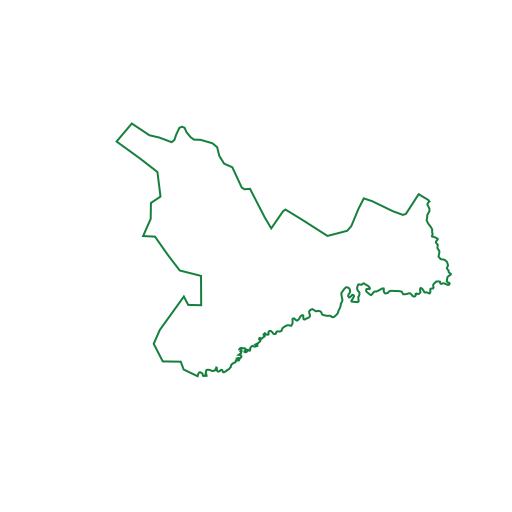 Ani, Shirak, Armenia, rotated 212°
{"feature_id": "60910142B64012193022173", "entity_name": "Ani", "entity_type": "district", "adm_level": 2, "iso_a3": "ARM", "parent_name": "Armenia", "parent_adm1": "Shirak", "projection": "equal_earth", "projection_center": [43.671, 40.552], "detail": "fine", "context": "isolated", "style": "outline", "palette": "green", "viewbox_px": 512, "rotation_deg": 212, "n_neighbors": 0, "source": "geoboundaries", "source_scale": "gbopen_adm2", "svg_char_len": 6009}
<svg xmlns="http://www.w3.org/2000/svg" viewBox="0 0 512 512"><g transform="rotate(212 256 256)"><path d="M241.8,123.1L242.3,124.4L242.5,125.6L242.5,127.0L241.8,127.8L239.9,128.0L238.8,127.8L238.1,126.9L237.5,126.5L237.2,126.3L234.4,128.2L234.8,128.8L235.9,128.9L236.1,128.9L236.3,129.5L236.3,130.4L237.2,131.0L237.3,131.4L237.3,132.3L237.6,133.2L236.1,134.3L234.4,135.0L232.4,135.2L231.3,136.0L230.3,136.9L230.3,139.1L230.3,139.3L230.6,140.4L230.1,140.5L229.5,139.6L229.2,139.2L228.6,138.2L227.6,137.9L226.6,138.0L226.3,138.6L225.7,139.5L225.6,140.1L225.5,140.4L225.3,141.0L224.3,141.3L223.4,140.8L222.7,140.1L221.7,140.3L221.3,140.8L220.9,141.7L220.1,143.0L220.1,143.6L219.7,144.6L218.9,145.7L218.8,147.4L218.5,148.3L219.1,149.6L219.2,150.5L219.3,151.2L218.8,152.0L218.4,153.4L217.1,155.0L217.2,155.7L217.7,156.5L217.6,157.3L216.9,157.6L215.9,157.7L215.2,158.3L215.2,159.2L215.9,159.3L217.7,159.3L217.1,160.0L215.4,160.9L214.9,162.0L215.3,163.3L216.1,163.6L217.2,163.5L218.3,163.0L218.1,163.5L217.8,164.4L217.1,165.5L217.6,166.6L218.4,166.8L217.8,167.7L218.3,168.3L219.5,168.4L220.6,168.0L220.5,169.5L219.5,170.5L218.1,170.7L216.9,171.7L215.5,171.7L215.2,171.3L215.1,171.1L215.3,169.0L214.9,168.5L213.7,168.9L213.0,170.2L213.0,170.9L213.5,171.9L213.0,172.2L211.8,172.1L211.1,172.4L211.2,173.4L212.1,174.6L212.0,175.2L212.0,176.0L211.8,177.3L211.3,177.9L208.9,178.5L208.0,179.5L207.2,180.4L207.6,181.2L208.7,180.9L209.5,180.7L209.0,181.8L208.2,182.9L207.6,184.5L207.3,186.4L208.1,186.8L209.2,187.0L209.6,188.0L209.2,188.7L207.4,188.7L207.2,189.5L206.6,191.3L206.1,192.3L206.2,192.9L207.9,193.2L207.9,194.2L207.6,195.2L206.9,195.1L205.8,194.9L204.1,195.6L203.9,195.9L203.9,196.5L204.8,197.5L205.1,198.3L204.9,199.4L203.8,200.2L202.8,200.2L201.9,200.0L200.4,199.4L200.2,199.4L199.2,199.4L198.0,200.5L198.4,201.8L198.5,201.9L198.1,203.3L196.7,204.1L196.3,204.3L195.7,204.6L194.7,206.1L195.0,207.1L195.3,208.7L194.8,210.1L194.1,211.8L192.8,213.8L191.4,214.7L189.2,215.4L189.2,217.7L189.8,219.2L190.5,220.3L191.2,221.1L191.7,222.2L190.7,223.2L189.4,223.1L189.0,223.0L188.2,222.8L187.1,222.9L186.4,224.1L186.2,224.9L186.2,226.5L186.3,228.4L185.5,230.3L184.4,230.6L183.5,229.2L182.1,227.6L181.1,227.9L180.9,228.0L180.5,229.1L179.4,230.6L178.5,232.1L178.3,233.2L179.0,234.6L180.5,235.7L181.6,237.2L181.3,239.1L180.1,240.8L178.1,240.9L176.3,240.8L175.1,241.4L174.0,242.6L172.2,243.1L171.9,243.1L170.8,242.8L169.2,241.6L167.8,241.5L166.4,242.1L165.3,242.4L163.6,243.1L162.1,244.3L160.8,244.8L160.2,244.5L159.4,244.5L158.1,245.0L157.2,246.6L156.7,248.5L156.4,250.2L156.4,251.2L157.1,253.5L157.2,255.5L157.6,258.0L158.7,260.5L158.9,263.1L159.5,264.7L161.1,266.3L162.8,268.1L163.5,269.1L164.0,269.8L163.8,272.9L163.6,275.5L162.9,277.4L161.6,277.8L160.9,278.1L159.0,277.6L157.5,276.1L157.0,274.6L157.1,272.0L156.7,270.9L155.1,270.2L154.4,270.9L154.1,272.2L153.8,273.9L153.8,274.1L152.6,274.5L151.6,274.0L151.4,272.9L151.3,270.7L151.5,268.9L151.3,268.6L151.0,268.1L150.4,268.2L150.1,268.3L147.8,269.5L145.4,270.7L144.9,271.8L145.5,272.7L146.4,273.9L146.6,274.1L147.6,275.6L147.5,276.7L148.1,278.6L148.9,279.8L150.6,280.4L152.2,281.1L153.1,282.1L153.8,283.7L154.1,286.2L153.0,286.8L151.3,287.5L150.6,289.3L150.0,290.0L148.9,289.9L148.4,289.8L146.8,290.0L144.8,290.0L143.7,289.7L143.2,289.6L142.1,288.7L142.3,288.0L143.4,287.6L144.7,286.5L144.8,286.4L144.3,284.9L143.0,284.2L141.3,284.0L140.3,283.9L138.8,283.7L137.7,283.8L137.2,285.4L137.2,287.4L136.4,288.9L135.0,289.8L133.9,291.4L132.8,293.5L132.1,294.7L131.4,295.7L130.4,296.1L129.9,295.4L129.5,294.4L129.4,294.4L128.1,293.1L126.8,292.7L125.9,293.2L124.8,294.4L124.5,295.6L124.3,296.3L124.2,296.9L122.8,298.2L122.2,298.5L121.5,298.9L118.9,300.3L116.4,301.9L113.6,303.0L112.8,302.6L112.5,302.4L111.0,301.6L110.2,301.9L108.1,303.6L106.9,305.0L105.7,306.0L103.7,305.7L101.8,305.0L100.6,305.3L99.7,306.2L99.7,307.2L100.6,308.3L100.1,309.2L98.8,309.3L97.9,310.0L97.4,311.3L97.5,312.8L98.1,313.3L98.6,313.7L99.4,315.1L99.4,316.1L98.6,316.3L97.4,316.2L96.1,315.6L94.9,315.0L94.3,314.6L93.6,314.5L92.2,315.5L90.8,315.9L89.1,316.1L88.9,317.0L89.3,318.3L90.3,319.6L90.6,320.6L89.7,321.6L88.7,322.3L88.7,323.4L89.2,323.8L89.7,324.3L90.4,325.3L90.4,326.8L89.6,329.9L87.7,331.2L86.3,331.7L85.3,330.5L84.8,330.4L83.9,330.6L83.3,331.6L82.6,332.3L81.8,332.5L81.1,332.7L79.9,332.8L77.8,333.2L77.1,333.9L77.1,335.2L77.9,335.6L79.2,335.3L80.7,335.5L80.8,335.6L81.2,336.4L82.0,338.3L82.4,339.7L82.1,340.9L81.9,341.5L81.1,343.1L81.2,344.0L81.6,344.1L81.8,344.1L83.1,344.2L84.2,344.6L85.1,345.8L86.6,346.1L87.7,346.9L87.9,347.8L88.0,349.2L88.5,350.2L89.4,350.9L90.7,352.1L91.9,352.4L93.9,352.7L94.9,352.4L96.3,351.8L97.9,351.2L99.2,351.7L100.8,352.1L101.5,353.7L102.3,356.0L103.4,357.6L105.1,358.2L106.4,358.9L107.0,360.1L107.6,361.4L107.7,361.8L108.2,361.9L109.0,362.2L110.5,362.7L111.0,363.6L110.9,365.0L110.8,365.4L110.6,366.2L111.0,366.9L111.9,366.8L112.2,366.8L114.0,366.7L115.8,366.3L116.8,365.8L117.5,366.3L117.6,367.8L118.1,368.5L119.2,369.4L119.8,370.5L120.6,371.8L122.1,372.7L123.9,373.6L126.3,374.4L128.1,375.3L130.1,376.6L130.6,377.7L131.2,379.2L132.4,381.4L132.6,383.3L132.7,386.1L133.3,386.9L134.0,388.0L135.4,388.9L136.7,389.8L137.9,390.4L138.1,391.1L138.2,392.0L138.2,393.2L137.8,394.1L139.6,394.8L150.8,394.6L151.0,381.2L151.2,371.1L153.2,368.7L163.7,366.5L186.2,364.1L195.1,362.0L194.1,350.3L191.0,331.7L192.1,325.6L206.0,310.9L236.3,311.2L255.6,311.0L256.8,308.1L257.7,287.5L269.1,293.4L296.7,309.8L301.1,306.5L304.4,306.5L323.1,318.7L331.9,317.4L340.1,321.4L346.6,327.7L352.7,328.5L364.7,325.1L370.3,321.8L374.4,322.1L380.4,324.1L384.5,326.9L387.3,326.4L388.9,324.0L388.0,316.7L386.7,311.1L387.9,307.8L400.8,305.2L410.4,301.9L419.3,302.2L431.4,302.5L431.4,303.4L434.9,279.2L405.9,277.2L384.1,275.0L368.5,255.8L373.2,245.3L365.0,231.7L362.3,213.1L351.9,218.9L331.6,210.3L313.0,203.3L292.1,210.0L276.4,185.2L287.6,178.6L295.7,183.4L298.4,142.2L296.2,127.3L279.2,117.2L263.8,126.5L257.2,121.4L252.4,121.9L241.8,123.1Z" fill="none" stroke="#15803d" stroke-width="2"/></g></svg>